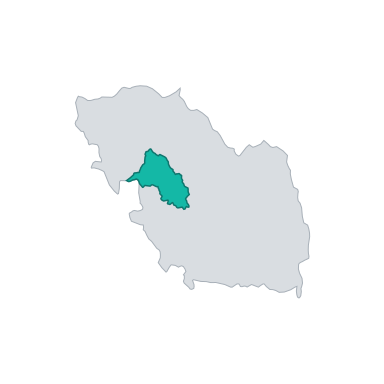 location of Pardubický within Czechia, rotated 212°
{"feature_id": "CZE-10373", "entity_name": "Pardubický", "entity_type": "Region", "adm_level": 1, "iso_a3": "CZE", "parent_name": "Czechia", "parent_adm1": "", "projection": "mercator", "projection_center": [16.129, 49.893], "detail": "fine", "context": "in_parent", "style": "filled", "palette": "teal", "viewbox_px": 384, "rotation_deg": 212, "n_neighbors": 0, "source": "natural_earth", "source_scale": "10m", "svg_char_len": 5846}
<svg xmlns="http://www.w3.org/2000/svg" viewBox="0 0 384 384"><g transform="rotate(212 192 192)"><path d="M339.2,213.0L338.1,213.1L335.6,214.2L332.4,214.5L328.9,214.3L326.2,216.1L323.6,219.1L321.0,221.1L319.6,222.9L318.8,224.8L309.9,230.0L308.6,232.2L307.7,235.2L307.2,239.3L306.6,242.9L305.1,244.8L300.3,246.4L299.1,247.3L298.2,249.1L295.5,252.0L292.3,254.6L286.5,257.7L280.3,258.6L272.2,257.6L267.4,256.4L265.1,257.8L262.0,261.8L258.5,268.6L257.1,273.8L256.1,272.3L254.1,266.9L251.9,266.2L248.9,265.7L246.6,264.8L241.8,261.7L239.3,260.7L236.4,260.5L233.6,262.3L231.6,264.5L225.1,264.5L218.0,263.5L207.9,256.2L205.3,256.1L202.5,256.5L198.0,254.8L189.5,250.0L185.4,248.9L182.9,249.6L180.6,250.7L178.9,250.8L178.0,249.2L174.8,247.3L171.6,247.1L170.7,248.3L169.6,258.7L168.5,262.4L164.1,262.2L162.5,264.0L159.1,269.0L158.4,273.8L152.4,272.8L149.5,272.0L147.0,272.6L144.3,275.3L136.5,275.1L130.4,273.6L127.7,267.6L124.9,265.3L121.4,263.1L120.1,262.7L118.2,259.4L114.5,255.4L108.5,249.9L103.8,250.2L102.1,248.7L101.3,246.7L99.4,243.2L97.2,240.7L94.5,239.8L90.7,236.7L85.6,229.9L80.9,225.1L76.4,225.2L73.5,222.7L70.6,219.5L68.5,216.4L65.2,208.7L62.7,204.4L60.8,201.7L58.7,199.4L57.9,197.6L60.5,193.5L61.5,191.5L62.6,189.9L63.3,188.3L63.2,187.0L60.9,183.0L57.7,180.1L53.0,177.1L50.0,173.3L48.9,169.9L48.5,168.0L46.5,165.4L44.8,161.7L44.8,159.4L45.2,158.8L46.8,158.8L48.5,160.3L51.0,163.3L53.0,167.6L54.2,166.0L56.5,161.4L60.7,156.1L64.9,153.1L68.6,152.9L71.7,152.1L74.3,150.6L78.8,151.2L82.1,152.3L83.1,151.6L84.4,148.9L85.3,146.5L92.5,145.1L94.9,140.6L96.3,140.6L97.9,139.9L99.4,138.2L100.9,137.5L102.1,138.3L103.6,138.9L105.2,137.8L107.5,132.6L108.9,131.8L115.2,130.9L123.8,127.9L128.1,125.1L132.4,123.6L137.0,120.9L144.3,118.4L144.7,117.3L141.3,114.6L140.1,112.9L139.4,111.2L140.6,109.3L142.2,108.7L144.2,109.5L150.4,110.6L152.0,111.8L152.6,114.5L154.2,117.0L155.4,117.2L155.0,121.3L157.0,122.9L159.8,124.2L161.7,123.9L163.0,122.3L163.6,121.1L167.3,120.9L171.1,119.2L171.4,116.4L171.2,111.1L171.6,110.3L177.4,111.8L183.2,114.2L184.0,119.4L185.5,122.0L187.3,124.4L189.1,125.4L192.1,125.6L200.0,128.7L203.8,129.3L207.6,131.5L210.9,133.7L213.3,134.1L214.4,136.5L215.8,138.2L218.4,136.9L227.9,135.1L231.2,137.5L233.5,140.0L233.9,140.8L232.7,143.0L232.1,144.7L231.1,145.8L227.9,147.0L226.0,148.9L224.7,151.1L225.6,153.1L228.3,154.6L230.1,155.0L230.8,156.4L236.8,163.1L241.6,171.7L243.4,173.0L245.2,173.4L247.2,172.1L249.5,169.3L252.3,167.3L254.6,166.2L258.7,163.8L258.9,162.3L255.5,156.4L253.5,151.7L254.0,150.8L258.4,151.6L265.8,154.2L277.3,162.6L279.4,162.6L283.4,162.0L287.8,160.6L289.9,159.0L290.6,159.6L291.3,164.3L290.2,166.8L284.9,169.3L285.2,170.5L286.6,172.1L288.9,173.1L291.8,176.1L293.8,179.5L295.5,181.1L297.4,181.9L302.1,180.0L303.5,178.6L304.1,177.6L305.0,177.8L306.7,179.5L307.2,180.5L311.8,182.4L314.5,184.7L316.2,185.8L318.1,184.7L325.4,186.6L327.4,188.2L328.1,190.8L327.7,192.3L328.8,196.4L338.1,206.1L339.1,211.1L339.2,213.0Z" fill="#d9dde1" stroke="#a8b0b8" stroke-width="1"/><path d="M241.0,171.3L242.5,172.7L244.4,173.7L246.1,173.5L247.5,171.7L248.5,171.0L249.0,170.2L249.5,169.3L250.3,168.1L251.2,167.3L252.1,167.1L253.0,167.2L253.5,167.1L251.9,171.3L250.8,175.0L250.7,175.7L251.0,176.4L251.0,176.7L251.1,177.1L251.0,177.4L250.9,177.6L250.7,177.8L249.3,178.8L248.4,179.8L248.2,179.9L248.0,180.0L247.3,180.4L247.1,180.8L247.2,181.1L247.5,181.6L247.6,182.0L247.7,182.3L247.8,183.8L248.2,185.1L248.2,185.5L248.2,187.3L248.2,189.0L247.5,190.5L247.4,191.0L247.5,191.6L247.8,192.1L248.5,193.1L250.3,196.8L250.4,198.0L250.6,198.3L250.8,198.6L251.5,198.8L251.9,199.5L252.3,201.8L250.9,203.2L250.8,203.7L250.7,205.0L250.4,206.0L250.0,206.5L249.5,206.6L247.3,205.5L246.3,205.1L245.2,205.0L243.7,205.1L243.3,205.1L242.8,204.8L242.5,204.7L240.1,204.8L239.8,204.9L239.5,205.2L239.5,205.8L239.4,206.2L239.3,206.5L238.9,206.8L233.7,207.3L232.6,207.2L231.8,207.0L230.0,205.8L228.5,205.2L228.0,204.9L227.7,204.5L227.4,204.0L227.0,203.5L226.5,203.0L224.8,201.9L223.5,201.2L222.6,201.0L221.5,200.9L220.6,201.0L220.1,200.9L219.8,200.7L219.6,200.4L219.5,200.0L219.2,199.7L218.7,199.4L217.7,199.2L217.1,199.0L216.5,198.7L215.9,198.3L215.6,198.2L215.3,198.2L215.1,198.3L215.0,198.5L214.8,199.0L214.6,199.3L214.4,199.5L214.0,199.6L213.7,199.8L213.1,200.5L212.6,200.8L212.2,200.8L211.8,200.7L211.2,200.4L210.8,200.4L210.5,200.6L209.4,200.3L208.7,198.9L208.1,198.1L207.4,197.5L206.2,197.0L206.1,196.8L206.0,196.6L205.9,195.9L205.7,195.6L205.5,195.3L204.9,194.9L203.7,194.7L201.7,193.1L200.9,192.9L197.6,193.2L197.4,193.0L196.9,192.5L195.8,190.7L194.9,189.7L193.0,188.4L193.1,187.9L193.3,187.2L193.5,186.5L193.6,186.1L193.7,185.8L193.7,184.4L193.7,184.1L193.8,183.9L193.9,183.7L194.0,183.3L193.9,183.0L193.5,182.5L193.2,182.2L192.9,182.1L192.3,181.9L192.0,181.7L190.4,180.1L190.1,179.9L188.6,179.5L187.5,178.8L187.2,178.5L186.7,177.7L186.9,177.3L187.7,176.9L188.6,176.7L189.0,176.7L189.1,176.0L189.1,175.8L189.1,175.6L189.0,174.8L188.9,174.4L188.9,174.1L189.0,173.9L189.1,173.7L189.8,173.0L192.2,173.9L192.5,173.8L195.2,171.3L196.0,170.9L196.7,170.9L198.4,171.7L199.0,171.7L200.4,171.3L200.6,171.4L202.4,172.6L202.7,172.7L203.0,172.6L203.2,172.3L203.8,170.5L204.0,170.0L204.2,169.7L206.4,169.1L206.6,169.2L206.8,169.4L207.2,171.2L207.5,171.9L207.7,172.1L207.9,172.3L208.1,172.3L208.3,172.2L211.1,169.5L211.5,169.3L213.3,169.2L214.5,169.6L214.8,169.8L214.9,170.0L214.9,170.4L215.0,171.8L215.0,172.2L215.2,172.6L215.6,172.8L218.1,173.4L218.4,173.6L218.7,174.2L219.1,174.9L219.6,175.4L220.1,175.6L220.5,175.7L220.7,175.9L221.4,176.7L221.6,176.9L222.1,177.0L223.8,178.5L224.4,178.0L225.1,177.7L229.0,177.3L229.6,177.0L229.8,176.8L230.1,176.5L230.2,176.1L230.4,175.2L230.6,174.9L230.9,174.7L235.4,172.6L235.6,172.2L235.7,171.8L235.8,170.9L235.9,170.5L236.0,170.2L236.2,169.9L236.4,169.8L241.0,171.3Z" fill="#14b8a6" stroke="#0f766e" stroke-width="1.5"/></g></svg>